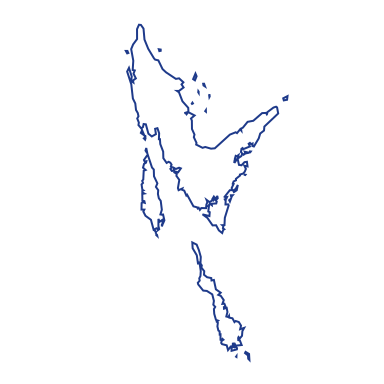 Masbate, Masbate, Philippines, rotated 198°
{"feature_id": "2640588B67488359993346", "entity_name": "Masbate", "entity_type": "district", "adm_level": 2, "iso_a3": "PHL", "parent_name": "Philippines", "parent_adm1": "Masbate", "projection": "robinson", "projection_center": [123.452, 12.45], "detail": "fine", "context": "isolated", "style": "outline", "palette": "blue", "viewbox_px": 384, "rotation_deg": 198, "n_neighbors": 0, "source": "geoboundaries", "source_scale": "gbopen_adm2", "svg_char_len": 6083}
<svg xmlns="http://www.w3.org/2000/svg" viewBox="0 0 384 384"><g transform="rotate(198 192 192)"><path d="M150.6,162.3L150.6,165.6L149.8,166.5L151.4,167.1L151.6,169.3L152.9,169.8L150.9,170.6L152.8,177.6L153.0,190.6L153.7,191.4L156.3,190.5L157.7,195.6L159.3,194.5L157.3,196.3L157.1,198.1L158.7,197.3L159.5,197.5L156.6,205.4L154.3,206.2L155.5,208.0L154.9,212.5L155.8,212.5L155.7,214.9L153.8,216.7L154.3,218.1L151.4,222.5L151.8,223.4L149.0,225.4L148.1,227.7L147.9,230.6L150.3,233.2L147.1,233.5L149.1,237.7L151.3,236.6L153.2,232.7L155.7,232.3L159.1,238.1L160.4,233.5L161.0,233.5L161.3,235.3L160.5,236.0L161.5,236.8L161.6,239.9L160.4,239.8L159.2,241.5L158.9,238.3L158.6,238.3L156.2,241.4L155.9,243.9L157.8,245.2L158.3,248.4L157.5,249.4L156.6,248.5L151.0,253.2L153.0,255.4L152.1,256.6L150.5,255.8L149.4,256.8L148.7,254.4L147.2,254.4L145.1,263.6L145.2,268.7L142.5,272.7L143.4,276.6L134.3,293.3L137.2,298.7L138.4,299.1L140.6,297.5L145.0,291.2L144.7,289.3L144.8,289.0L146.0,290.1L149.7,288.7L155.7,278.7L160.8,275.9L163.5,268.9L165.0,267.4L164.1,265.6L165.6,266.5L167.4,261.9L168.9,262.3L173.7,258.3L183.8,240.6L187.3,239.1L193.3,238.9L195.6,237.3L202.7,238.4L202.9,240.1L207.2,244.7L207.4,247.4L211.5,251.9L214.2,259.9L215.7,261.6L213.2,265.6L220.3,266.8L221.2,264.2L222.6,265.2L223.7,264.6L220.2,267.2L221.6,270.9L229.1,275.3L235.2,282.8L237.5,283.5L235.6,284.1L232.3,288.8L235.2,291.1L234.1,293.7L239.4,296.1L242.3,294.6L253.7,297.8L258.0,299.8L264.7,306.8L268.0,306.5L269.5,307.4L277.9,314.7L284.3,322.3L288.6,332.4L292.2,335.1L294.1,334.7L294.6,329.9L291.5,320.5L293.6,314.2L294.0,309.1L288.4,298.7L286.1,289.7L284.0,289.9L284.2,286.5L280.5,282.7L282.6,279.8L281.6,278.0L284.2,278.7L285.0,283.2L290.3,290.6L290.9,286.5L283.0,275.6L277.1,262.6L273.3,258.7L270.6,252.7L268.0,250.4L266.3,247.5L266.8,245.0L264.0,241.6L263.6,239.1L259.9,236.8L258.7,238.6L259.0,241.7L256.8,242.1L251.5,234.0L247.4,232.4L244.2,235.9L246.6,240.7L244.6,242.0L241.4,237.7L239.8,232.0L238.8,232.3L237.0,227.8L231.9,221.5L229.7,215.3L225.1,211.8L223.6,213.5L221.7,213.2L219.9,211.7L220.0,209.8L218.7,209.5L219.7,207.3L217.7,205.8L215.7,206.7L216.7,208.6L216.7,209.4L214.5,208.9L211.8,211.1L209.9,211.0L211.3,206.4L214.5,206.3L214.8,205.2L212.1,204.5L211.8,202.5L207.8,199.6L206.6,191.4L205.3,189.6L202.3,192.3L202.4,191.1L199.8,190.9L196.3,186.9L195.8,187.9L186.2,178.8L182.4,179.0L181.5,178.1L180.8,179.1L179.0,177.4L178.2,179.6L173.6,181.0L174.0,182.5L173.1,183.3L174.4,184.0L174.3,187.3L175.7,189.0L172.2,187.8L169.6,190.8L170.5,191.4L169.8,194.4L167.1,192.4L167.4,193.8L166.7,195.5L166.4,195.5L165.6,194.0L166.9,191.4L165.5,190.5L165.4,188.6L169.7,186.9L169.1,185.6L171.4,186.3L171.8,185.3L170.5,178.5L168.9,178.3L168.0,174.5L175.1,174.0L169.3,172.1L162.1,166.6L158.8,167.8L154.6,163.8L150.6,162.3ZM108.9,52.8L107.4,57.1L105.6,58.0L106.5,61.2L104.4,58.8L104.2,60.6L102.9,59.4L97.5,61.8L100.6,65.6L102.2,65.4L103.0,67.4L102.9,68.4L101.3,67.5L100.0,70.7L101.1,75.3L100.4,78.9L103.8,76.4L104.1,80.1L107.3,82.8L110.6,82.8L111.4,81.4L114.5,84.4L117.7,84.0L118.5,85.7L118.8,84.3L120.9,84.2L121.2,88.8L123.2,92.5L125.5,90.9L126.1,92.4L124.7,93.4L126.7,95.8L128.5,95.0L128.4,99.0L132.5,102.1L135.2,102.3L133.6,105.1L139.2,106.8L144.0,115.1L146.1,113.9L147.1,116.1L151.3,115.6L155.0,117.0L155.9,120.5L159.7,123.0L160.0,125.2L161.9,126.7L163.6,133.0L167.4,138.7L171.3,143.4L176.1,144.1L174.0,138.7L167.9,133.3L163.8,125.0L164.4,127.1L163.1,127.3L159.2,119.4L158.0,114.7L158.4,112.1L157.3,110.1L158.4,107.4L157.5,106.0L150.9,101.7L147.3,102.5L141.1,100.9L137.5,95.2L136.9,91.4L134.4,89.9L135.0,87.5L133.2,83.0L129.7,77.8L127.4,77.7L128.3,76.2L127.0,75.6L126.3,72.0L124.1,68.4L122.7,68.0L121.6,65.0L120.9,65.4L119.2,60.2L117.9,60.1L117.6,61.7L116.5,61.2L117.8,59.6L117.6,57.5L116.4,56.6L111.6,56.9L108.9,52.8ZM216.8,144.2L214.6,146.5L213.2,146.0L212.8,147.3L215.6,156.0L213.5,153.8L211.6,156.3L209.9,152.1L209.5,156.5L213.0,162.4L212.7,161.2L215.1,160.9L215.2,165.8L219.0,173.9L221.6,175.8L223.8,179.6L224.7,183.3L227.9,185.7L227.6,189.5L233.0,195.2L235.3,201.6L237.6,202.9L245.7,213.9L247.6,207.6L246.5,206.4L244.9,207.2L244.8,205.7L246.3,203.9L246.1,200.0L242.9,198.6L244.5,197.3L242.2,188.8L242.8,187.2L241.4,185.5L242.3,183.6L239.9,178.8L238.7,178.5L239.6,177.7L239.1,176.2L236.9,175.8L238.7,174.8L236.5,168.4L234.5,168.6L233.6,167.1L235.6,167.1L236.5,165.9L234.6,159.7L231.9,160.5L232.2,158.3L228.9,155.0L222.5,152.9L216.8,144.2ZM223.7,299.1L223.4,303.5L225.3,305.7L225.8,299.7L223.7,299.1ZM133.0,307.5L130.1,309.1L130.8,312.7L134.2,309.3L133.0,307.5ZM105.3,53.2L100.7,56.2L100.9,57.4L102.8,58.7L103.4,57.4L105.2,57.4L106.2,55.8L105.3,53.2ZM85.5,50.0L87.7,55.6L91.6,56.5L91.8,55.2L88.3,53.9L87.0,50.8L85.5,50.0ZM152.1,204.9L150.0,207.5L150.6,212.9L151.4,208.4L153.4,206.1L152.1,204.9ZM258.9,232.4L254.9,231.1L258.6,235.4L258.9,232.4ZM155.0,242.7L153.1,245.2L149.8,247.0L154.2,246.6L153.4,245.7L155.0,242.7ZM298.5,305.7L296.5,303.8L296.0,304.1L295.8,304.5L295.6,304.6L297.0,306.2L298.5,305.7ZM249.0,217.0L246.4,214.9L249.1,219.7L249.0,217.0ZM266.6,315.9L265.4,316.6L265.8,317.8L267.7,317.5L266.6,315.9ZM213.5,141.2L214.1,143.2L216.0,144.2L214.0,142.6L213.5,141.2ZM154.1,195.7L153.0,194.6L152.9,197.7L154.1,195.7ZM212.2,296.4L214.0,298.7L214.8,298.4L214.0,296.9L212.2,296.4ZM252.8,227.3L252.8,228.8L253.2,229.4L254.3,228.1L252.8,227.3ZM169.0,190.9L168.6,192.3L169.1,193.0L169.8,191.7L169.0,190.9ZM205.6,290.4L205.6,289.4L204.8,287.7L204.7,288.3L205.6,290.4ZM204.4,273.0L203.6,272.7L204.1,274.1L204.4,273.0ZM211.4,139.4L212.0,140.4L212.9,140.9L212.7,140.0L211.4,139.4ZM153.5,200.0L152.7,200.6L152.3,201.5L154.0,200.9L153.5,200.0ZM149.6,247.4L148.9,247.7L148.6,248.7L149.5,248.5L149.6,247.4ZM210.1,150.0L209.9,151.0L210.5,152.1L210.6,151.7L210.1,150.0ZM219.2,277.1L219.7,275.2L218.5,276.5L219.2,277.1ZM212.4,145.5L211.7,146.5L212.2,147.3L212.4,146.8L212.4,145.5ZM148.1,224.6L146.6,224.6L146.5,224.9L148.1,224.6ZM216.3,288.3L216.7,289.5L217.1,289.8L216.9,288.8L216.3,288.3ZM254.0,230.4L253.6,230.7L254.1,231.6L254.0,230.4ZM99.2,49.0L98.8,48.9L99.0,49.6L99.2,49.0Z" fill="none" stroke="#1e3a8a" stroke-width="2"/></g></svg>